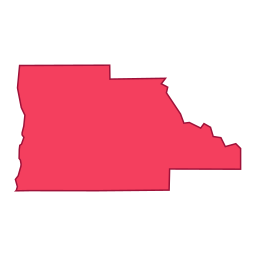 Hernando, Florida, United States of America
{"feature_id": "52423323B94618395838075", "entity_name": "Hernando", "entity_type": "district", "adm_level": 2, "iso_a3": "USA", "parent_name": "United States of America", "parent_adm1": "Florida", "projection": "equal_earth", "projection_center": [-82.437, 28.564], "detail": "fine", "context": "isolated", "style": "filled", "palette": "rose", "viewbox_px": 256, "rotation_deg": 0, "n_neighbors": 0, "source": "geoboundaries", "source_scale": "gbopen_adm2", "svg_char_len": 639}
<svg xmlns="http://www.w3.org/2000/svg" viewBox="0 0 256 256"><path d="M240.6,169.2L240.6,148.5L235.8,143.7L225.3,146.6L220.9,137.7L213.2,136.5L210.5,127.3L204.0,123.6L200.7,128.1L189.3,122.5L183.9,123.2L180.5,114.0L166.4,92.8L167.7,87.2L161.3,83.8L165.5,78.3L109.9,79.1L109.7,65.2L77.7,65.3L19.6,65.5L17.5,87.9L21.3,107.6L24.9,115.2L23.8,126.1L22.1,132.8L22.1,134.9L23.9,137.3L21.8,143.3L21.4,144.3L19.8,145.3L19.3,149.3L19.1,158.4L20.4,160.1L21.1,164.2L20.9,166.3L18.2,175.8L15.4,179.4L17.4,186.7L16.3,190.4L15.9,190.8L29.9,190.6L97.2,190.7L169.1,190.1L169.6,169.0L240.6,169.2Z" fill="#f43f5e" stroke="#9f1239" stroke-width="1.5"/></svg>